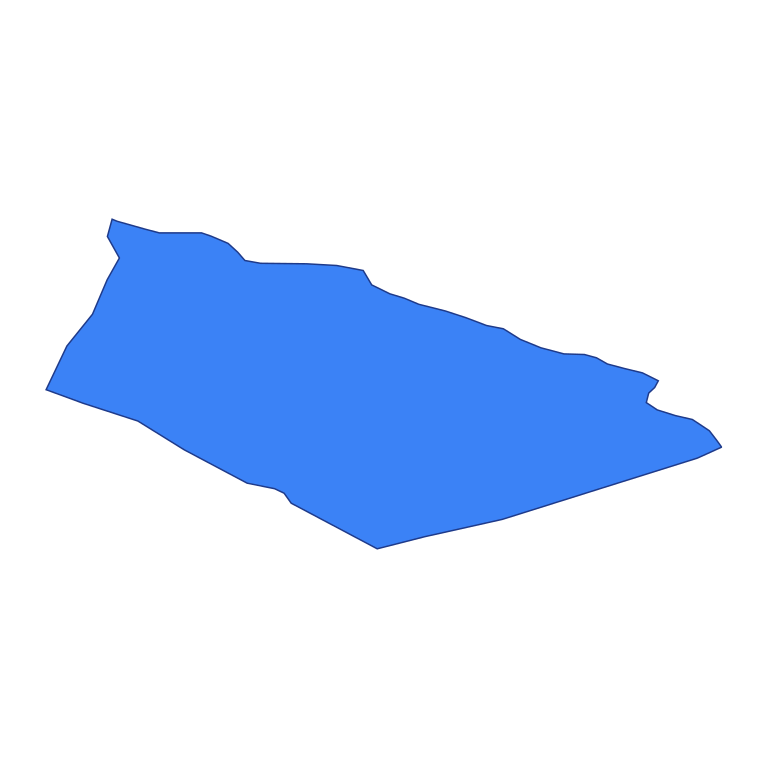 Malå, Västerbotten, Sweden
{"feature_id": "70781695B10174824853138", "entity_name": "Malå", "entity_type": "district", "adm_level": 2, "iso_a3": "SWE", "parent_name": "Sweden", "parent_adm1": "Västerbotten", "projection": "equal_earth", "projection_center": [18.759, 65.261], "detail": "fine", "context": "isolated", "style": "filled", "palette": "blue", "viewbox_px": 768, "rotation_deg": 0, "n_neighbors": 0, "source": "geoboundaries", "source_scale": "gbopen_adm2", "svg_char_len": 860}
<svg xmlns="http://www.w3.org/2000/svg" viewBox="0 0 768 768"><path d="M112.1,219.2L107.4,236.5L119.4,258.0L107.2,279.7L92.5,314.2L66.9,346.0L46.1,389.7L83.2,403.3L137.8,421.0L184.2,449.8L247.2,483.2L274.6,488.7L284.1,493.2L291.2,503.2L328.2,522.8L377.2,548.8L424.7,536.7L502.2,519.4L599.9,488.7L697.4,458.1L721.9,447.0L721.6,447.1L716.7,440.3L709.4,430.8L692.4,419.5L675.4,415.6L657.2,409.9L646.3,402.6L648.7,393.1L654.7,387.5L658.3,380.8L642.5,372.9L624.4,368.5L607.4,364.0L596.5,357.8L584.4,354.5L563.9,353.9L540.9,347.8L520.3,339.4L503.4,328.8L486.5,325.5L465.9,317.7L445.4,311.0L418.8,304.3L404.3,298.2L389.8,293.8L371.7,284.9L363.2,270.5L336.7,265.5L306.5,263.8L260.6,263.3L244.9,260.5L237.7,252.2L228.1,243.4L211.2,236.2L201.6,232.9L177.4,232.9L159.3,232.9L144.9,229.1L117.2,221.3L112.1,219.2Z" fill="#3b82f6" stroke="#1e3a8a" stroke-width="1.5"/></svg>